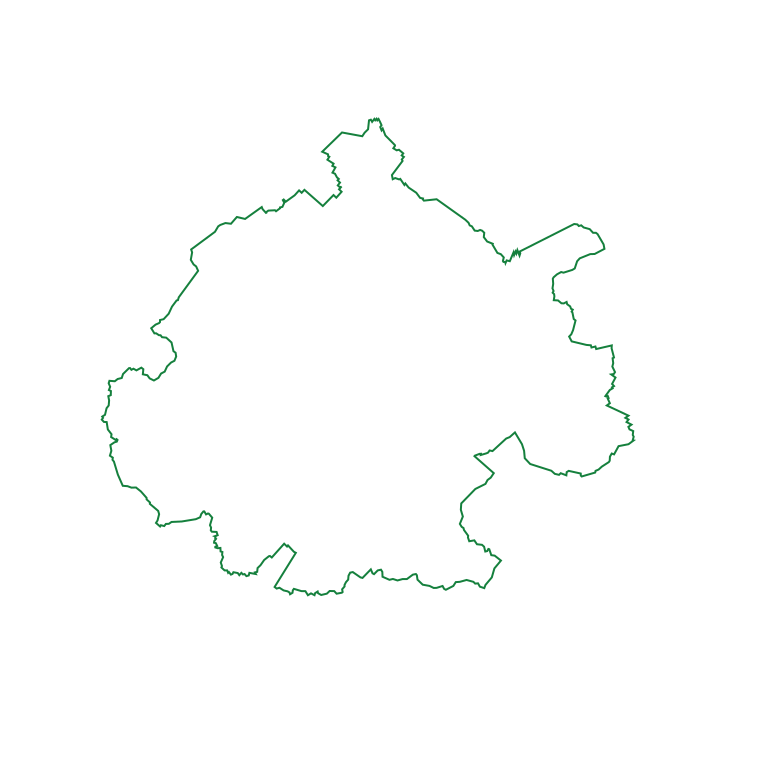 outline of Atotonilco el Alto, Jalisco, Mexico, rotated 216°
{"feature_id": "50627088B13476229601831", "entity_name": "Atotonilco el Alto", "entity_type": "district", "adm_level": 2, "iso_a3": "MEX", "parent_name": "Mexico", "parent_adm1": "Jalisco", "projection": "robinson", "projection_center": [-102.554, 20.541], "detail": "fine", "context": "isolated", "style": "outline", "palette": "green", "viewbox_px": 768, "rotation_deg": 216, "n_neighbors": 0, "source": "geoboundaries", "source_scale": "gbopen_adm2", "svg_char_len": 6166}
<svg xmlns="http://www.w3.org/2000/svg" viewBox="0 0 768 768"><g transform="rotate(216 384 384)"><path d="M395.8,139.8L394.9,141.3L395.2,143.2L391.2,145.1L388.7,144.3L388.4,147.4L386.2,147.0L385.1,148.3L382.4,147.7L380.9,149.6L381.9,152.1L376.0,154.9L377.7,155.7L376.2,157.5L378.1,160.8L377.4,164.8L377.5,171.2L375.9,177.0L375.2,177.8L372.8,177.7L370.9,196.1L366.9,195.5L366.8,197.0L358.3,195.3L356.1,195.6L353.2,155.5L350.6,155.4L348.8,157.7L343.9,158.0L340.1,159.6L337.9,159.8L336.4,158.7L335.3,161.3L336.5,163.5L336.5,165.3L329.1,167.9L325.8,170.2L321.4,168.4L320.0,171.7L316.1,172.3L316.8,174.3L315.7,177.1L314.4,176.0L310.8,176.4L307.0,180.8L306.3,184.6L302.5,187.2L299.1,186.5L295.4,190.4L295.2,191.4L297.2,193.3L296.9,197.0L297.8,198.2L298.3,201.3L298.0,204.7L300.0,208.0L300.5,211.5L298.7,213.5L289.4,213.7L287.4,214.5L285.7,226.3L282.0,224.1L280.3,224.3L279.5,229.5L277.3,232.0L274.9,231.0L271.9,227.2L264.5,228.8L262.2,231.5L257.6,233.0L254.4,237.0L250.8,239.7L248.6,246.7L246.5,249.0L245.0,248.6L241.9,245.4L234.7,244.4L228.5,247.4L223.9,248.2L221.6,250.0L217.9,255.0L214.9,253.6L213.0,253.9L209.2,261.4L209.5,265.9L206.4,268.5L202.0,274.0L195.4,276.5L192.9,276.1L190.8,278.0L187.3,276.4L182.9,277.8L183.8,281.1L183.1,290.9L186.3,299.7L185.6,309.9L193.6,310.2L196.6,308.6L201.7,312.2L202.6,311.9L202.3,309.5L203.6,308.0L207.4,311.2L210.2,311.5L214.6,309.0L219.0,310.6L222.6,306.9L225.9,309.2L226.7,310.7L233.5,312.9L235.0,314.2L237.2,314.1L240.4,315.4L242.3,323.1L247.9,327.4L251.3,332.8L248.4,352.8L243.2,362.8L243.8,367.2L242.6,371.0L242.8,376.4L268.4,378.8L268.4,379.4L265.6,383.7L264.6,384.5L264.0,383.4L260.4,388.1L259.5,389.6L259.5,392.3L256.8,393.5L253.1,411.7L251.1,414.9L249.6,421.8L237.0,416.4L231.4,412.3L226.5,406.7L218.7,405.2L197.6,412.2L193.0,411.7L189.0,413.4L188.6,415.7L182.8,417.3L184.4,420.1L183.5,422.3L172.2,427.2L171.0,425.6L169.7,425.4L161.1,436.5L161.8,438.1L160.1,440.9L159.2,445.2L156.2,453.0L156.3,454.6L158.5,458.0L158.9,461.6L156.5,462.3L157.7,471.6L150.8,479.0L148.9,485.0L149.7,484.6L151.0,488.1L152.8,489.0L154.7,492.4L158.7,491.6L161.1,493.0L159.9,496.6L165.4,495.8L165.3,499.0L168.8,498.5L167.6,502.1L191.1,497.6L190.0,501.2L194.4,503.7L194.0,504.6L195.9,505.8L196.5,504.6L197.8,504.3L197.8,511.9L196.5,514.9L197.6,515.3L196.7,517.5L199.5,518.1L200.5,525.3L205.8,525.3L204.0,527.1L204.1,529.4L209.5,532.3L210.8,535.6L214.2,539.2L213.5,540.6L220.9,546.7L222.4,549.1L232.9,537.0L235.0,538.6L237.6,535.5L239.4,536.9L243.2,534.6L257.2,528.8L262.1,531.2L261.7,534.3L262.7,538.7L266.4,548.0L268.7,548.1L273.7,552.7L274.7,552.8L275.0,555.1L276.9,554.8L279.0,556.2L282.7,556.2L284.5,557.7L285.9,554.9L287.9,553.6L292.3,553.9L295.9,551.6L297.7,555.1L299.2,556.7L301.2,557.0L301.5,558.9L303.9,560.4L306.0,564.5L309.3,568.4L309.5,570.0L308.5,574.4L306.5,578.7L304.2,579.6L298.7,587.0L297.6,589.6L299.9,596.8L299.5,600.7L293.5,610.3L290.0,613.0L285.1,622.9L288.4,626.0L299.3,630.8L301.4,630.9L303.7,629.2L308.6,630.2L314.5,628.0L317.7,628.3L319.3,626.3L321.3,626.8L324.2,625.2L352.1,570.9L350.6,569.9L349.8,567.5L354.8,570.7L353.6,567.4L355.4,568.5L354.5,564.8L356.6,566.7L354.4,557.3L357.4,556.1L356.8,553.3L357.6,554.0L359.1,553.0L360.1,553.4L361.5,556.8L365.8,557.7L369.3,556.7L378.1,560.5L378.4,561.4L384.3,559.9L389.6,561.5L391.8,565.3L394.8,565.7L396.8,565.1L398.1,562.9L400.8,561.4L405.6,563.2L407.9,562.7L410.3,564.1L414.8,564.7L450.0,564.4L459.5,555.8L461.2,556.2L461.5,557.0L464.2,555.8L470.3,557.7L479.5,557.4L484.6,558.8L484.5,557.0L491.4,559.5L492.0,558.4L496.0,557.2L497.3,554.8L500.4,557.7L500.1,575.4L501.6,576.1L501.4,579.4L504.0,579.3L504.0,581.9L509.6,582.3L511.1,580.5L515.0,580.2L515.1,583.2L515.7,583.7L529.0,585.9L535.2,589.9L535.1,587.8L538.1,589.7L538.1,591.9L541.2,593.7L544.2,595.2L544.4,593.4L545.9,594.2L546.1,592.2L547.6,592.8L547.7,589.1L550.0,590.1L551.1,588.5L546.6,580.7L547.4,575.9L547.2,571.7L565.8,562.8L570.5,535.6L564.3,536.9L563.1,535.5L561.8,535.7L561.6,532.2L554.3,532.6L554.0,530.1L550.6,530.7L549.9,524.7L547.2,525.3L543.5,523.5L541.1,523.3L541.3,521.5L538.0,521.1L538.1,517.5L536.1,517.3L534.6,518.0L534.4,518.9L534.8,515.1L531.3,514.6L532.1,506.7L535.9,507.2L538.1,492.0L562.5,494.3L563.0,490.3L566.5,490.7L567.2,484.1L570.6,473.8L573.6,474.3L573.9,473.3L571.2,472.0L570.3,467.6L571.9,465.7L571.4,465.1L572.9,460.3L574.3,460.5L579.5,456.3L580.3,453.7L579.3,452.9L585.0,454.1L586.9,455.3L593.4,435.9L601.2,432.6L602.0,423.7L606.9,421.0L609.9,416.5L610.8,414.1L610.2,407.8L619.1,379.5L616.6,377.7L613.3,370.9L608.3,368.8L605.1,368.7L600.9,366.3L601.0,333.5L600.0,330.7L600.9,329.7L601.0,322.0L599.5,314.3L600.4,306.9L602.8,304.1L601.6,302.4L601.8,301.0L603.7,297.8L605.1,292.3L599.5,290.0L598.1,291.1L594.8,291.2L593.4,292.1L591.1,291.4L587.4,293.5L580.3,292.7L573.6,286.8L571.0,286.8L568.3,284.1L567.2,279.6L568.9,276.2L569.8,270.7L568.7,265.1L570.5,261.4L570.1,256.4L572.2,251.6L576.9,250.8L580.6,252.0L584.8,250.1L587.4,254.5L589.9,254.6L592.3,249.5L595.7,249.1L596.7,247.0L598.8,247.6L599.6,247.0L601.0,238.7L599.7,234.7L602.4,231.5L603.4,228.0L608.0,225.2L607.2,222.8L603.9,220.8L603.0,217.4L600.8,217.8L598.5,214.4L599.9,212.1L596.7,209.1L594.1,204.8L594.2,201.3L591.6,195.1L592.8,192.0L591.4,191.5L591.4,189.3L588.3,188.7L586.0,190.2L580.7,184.9L574.9,183.2L573.6,180.7L568.3,181.0L568.0,182.2L566.7,182.1L566.3,180.3L567.8,178.4L569.5,173.7L565.3,169.7L563.6,164.9L560.1,165.0L559.1,163.1L556.9,162.5L546.1,154.3L535.5,148.1L531.4,150.6L527.4,151.7L523.8,154.5L517.5,154.2L509.1,152.3L508.2,151.1L503.7,150.6L503.0,149.4L492.1,148.6L489.4,146.5L487.0,140.5L486.8,137.6L481.4,137.1L481.5,138.6L478.3,139.9L478.2,142.6L475.9,144.4L474.8,147.5L466.8,153.9L456.8,164.0L454.4,168.1L455.4,171.4L455.2,174.8L454.5,175.3L451.3,173.9L450.3,175.8L449.5,176.1L444.4,174.9L441.8,167.5L439.5,166.2L438.1,163.8L436.5,163.3L432.5,165.9L429.7,163.9L431.5,161.3L430.5,161.5L430.0,160.1L428.9,160.0L429.0,157.2L428.2,155.7L426.5,156.4L423.7,154.9L424.8,153.2L424.4,152.6L422.0,153.4L420.0,155.2L417.8,152.5L416.0,153.1L414.5,150.5L412.4,149.4L411.1,143.6L408.1,141.5L407.7,140.0L403.4,139.5L401.3,141.0L399.1,139.6L398.9,140.7L395.8,139.8Z" fill="none" stroke="#15803d" stroke-width="2"/></g></svg>